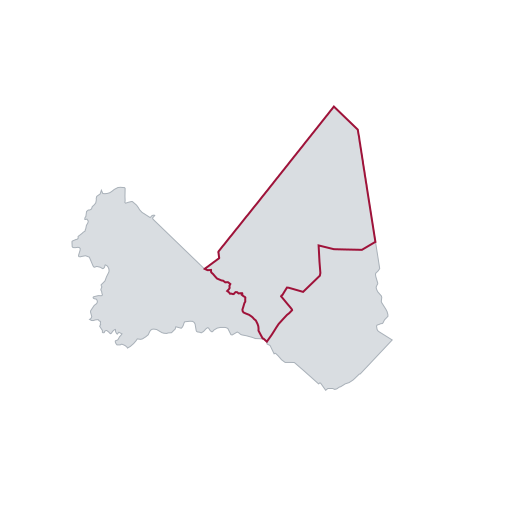 Mali, with Timbuktu highlighted, rotated 44°
{"feature_id": "MLI-2688", "entity_name": "Timbuktu", "entity_type": "Region", "adm_level": 1, "iso_a3": "MLI", "parent_name": "Mali", "parent_adm1": "", "projection": "robinson", "projection_center": [-3.929, 20.026], "detail": "fine", "context": "in_parent", "style": "outline", "palette": "rose", "viewbox_px": 512, "rotation_deg": 44, "n_neighbors": 0, "source": "natural_earth", "source_scale": "10m", "svg_char_len": 6950}
<svg xmlns="http://www.w3.org/2000/svg" viewBox="0 0 512 512"><g transform="rotate(44 256 256)"><path d="M115.7,368.4L115.8,366.8L114.5,365.6L114.5,365.1L115.2,360.3L115.2,359.1L115.7,356.7L114.9,355.6L114.7,354.8L112.7,351.7L112.1,349.1L111.1,347.4L108.8,346.9L107.9,348.3L107.4,348.6L106.5,347.5L106.2,346.6L106.2,345.8L103.2,341.7L103.4,339.5L104.5,338.3L105.0,336.4L103.9,334.2L104.1,332.1L103.9,329.2L102.2,326.6L101.0,325.5L100.0,323.7L100.8,319.6L99.1,316.1L102.4,317.5L104.0,316.2L105.5,314.4L106.9,312.0L107.5,309.1L107.8,306.6L109.1,302.7L110.7,300.8L114.0,298.1L114.9,298.3L120.3,304.1L123.4,307.1L124.5,308.6L125.5,308.6L127.0,305.8L128.6,303.3L129.3,302.7L134.7,302.4L137.6,302.9L140.1,303.6L143.7,303.8L153.1,301.9L153.2,300.8L153.1,299.4L153.5,298.4L154.3,297.4L155.0,297.2L155.2,300.5L156.0,301.0L158.2,301.1L227.9,301.1L230.9,284.0L225.8,277.8L208.2,94.4L241.3,94.4L247.0,98.5L353.7,179.1L354.2,181.7L354.1,185.3L354.9,186.4L356.5,187.6L362.5,191.0L363.0,191.7L363.3,193.1L364.0,194.9L365.3,195.9L366.8,196.6L368.6,197.2L374.1,197.7L375.3,198.5L377.7,201.7L379.0,202.3L386.4,204.1L388.8,204.9L391.4,206.4L392.8,207.7L392.8,212.7L393.8,215.9L393.8,216.8L392.7,218.1L392.4,219.0L391.1,221.6L391.3,222.6L393.9,224.6L395.2,225.1L396.7,225.1L412.3,221.8L412.9,268.5L412.3,269.2L412.0,277.5L410.9,282.4L409.0,286.0L407.7,291.3L407.0,292.4L406.4,295.5L405.3,297.3L403.3,298.0L399.7,301.4L399.4,304.2L391.0,302.6L390.4,302.7L390.0,303.0L389.9,304.5L368.2,305.4L357.5,306.0L350.9,312.3L346.5,312.9L341.1,312.4L338.3,312.4L337.2,312.7L337.0,313.8L328.3,310.6L325.1,311.6L324.6,311.3L324.2,310.6L322.6,310.2L320.1,310.4L318.4,310.9L312.9,315.8L309.9,317.1L304.4,320.1L300.6,322.6L299.2,323.1L297.1,323.2L295.3,323.7L293.7,329.4L292.6,330.0L286.1,327.7L284.8,328.1L283.6,328.7L280.0,332.1L278.2,334.8L277.2,338.3L277.3,340.7L276.7,341.3L275.0,341.5L272.0,340.8L271.0,341.1L270.6,342.9L270.7,346.7L270.0,349.3L268.2,350.1L266.8,351.2L265.7,351.5L264.8,351.2L259.5,347.3L257.7,346.7L255.7,347.1L253.8,348.8L250.4,352.9L250.8,354.3L251.7,356.0L252.4,358.1L252.4,359.9L247.5,362.6L248.6,364.6L248.5,369.9L246.3,372.3L245.5,373.8L243.3,375.6L241.5,376.5L235.6,377.9L233.2,379.6L232.1,381.0L231.8,382.4L232.0,384.1L233.2,387.6L232.8,390.8L231.9,394.5L230.9,396.1L228.2,398.1L228.6,400.5L228.8,404.0L228.4,408.4L227.5,411.5L226.9,411.2L224.3,411.3L221.4,412.3L220.4,413.0L220.2,414.1L217.8,416.5L216.2,416.3L214.7,415.7L213.9,415.0L213.8,414.7L214.7,412.7L214.8,412.0L213.9,408.6L214.0,407.7L213.7,405.1L210.3,406.1L210.2,406.6L210.6,408.3L210.3,408.6L209.2,408.5L207.6,408.0L205.9,406.5L205.5,406.9L205.3,408.2L205.2,409.6L205.6,412.2L205.2,413.1L202.5,413.0L200.3,413.3L199.7,414.2L199.5,415.3L200.0,416.4L199.9,416.9L199.0,417.6L198.5,417.6L197.3,416.3L192.3,415.1L191.9,413.3L191.4,413.3L189.8,411.2L189.1,411.2L188.6,411.6L186.7,411.4L185.0,413.3L183.7,415.6L182.4,416.7L180.3,417.2L180.7,415.7L180.0,413.7L175.8,411.2L175.1,410.2L174.0,404.4L174.1,402.7L174.4,401.2L174.2,400.1L173.8,399.2L172.5,398.3L171.2,397.9L169.5,399.0L168.6,399.3L167.9,399.2L167.5,398.8L167.5,398.2L169.4,395.1L170.3,393.8L172.1,392.3L172.6,391.6L172.6,391.0L172.5,390.6L171.3,390.0L169.4,388.6L168.4,388.4L167.6,387.8L166.7,385.5L166.3,385.1L165.4,384.9L164.6,384.3L164.7,378.9L162.9,374.8L161.3,369.7L160.4,368.5L159.0,367.4L157.2,366.7L155.5,366.5L153.7,367.1L153.8,367.6L154.8,369.2L154.9,370.2L154.8,371.1L154.4,371.7L151.9,372.2L148.7,374.1L147.6,376.3L146.8,376.6L145.6,376.3L136.9,372.6L133.2,374.2L130.9,377.4L130.3,378.5L129.2,379.4L128.6,379.4L127.9,378.8L125.4,373.9L124.3,372.7L123.0,372.7L121.8,373.5L120.6,375.1L119.0,376.7L118.0,377.1L117.2,376.9L113.7,373.6L113.5,372.9L115.1,369.0L115.7,368.4Z" fill="#d9dde1" stroke="#a8b0b8" stroke-width="1"/><path d="M241.4,94.4L242.8,95.4L244.2,96.5L245.6,97.5L247.1,98.5L249.1,100.1L250.6,101.3L252.1,102.4L253.6,103.5L255.1,104.7L256.6,105.8L258.1,106.9L259.6,108.1L261.1,109.2L262.6,110.3L264.1,111.5L265.6,112.6L267.1,113.7L268.5,114.9L270.0,116.0L271.5,117.1L273.0,118.3L274.7,119.5L276.3,120.7L277.9,122.0L279.5,123.2L281.2,124.4L282.8,125.7L284.4,126.9L286.1,128.1L287.7,129.4L289.3,130.6L290.9,131.8L292.6,133.1L294.2,134.3L295.8,135.5L297.5,136.8L299.1,138.0L300.7,139.2L302.4,140.5L304.0,141.7L305.6,142.9L307.3,144.2L308.9,145.4L310.5,146.6L312.2,147.9L313.8,149.1L315.4,150.3L317.1,151.6L318.7,152.8L320.3,154.0L322.0,155.3L323.6,156.5L325.2,157.7L326.9,159.0L328.5,160.2L330.1,161.4L331.8,162.7L332.1,162.9L332.0,163.1L327.9,178.0L315.8,189.2L307.3,197.0L293.7,204.9L305.5,215.9L314.1,223.5L315.6,225.8L314.8,249.1L311.2,251.0L301.6,256.1L300.2,257.2L301.4,262.7L302.1,265.7L301.8,266.7L302.1,267.6L303.4,267.7L311.4,268.6L317.1,269.2L318.3,269.4L319.0,269.5L319.6,269.9L319.6,272.3L319.6,274.1L319.2,276.8L319.3,282.9L319.4,285.7L319.5,289.1L320.3,293.5L320.5,294.4L320.8,295.8L321.7,300.1L322.1,302.2L323.3,310.1L319.1,310.2L318.5,310.4L318.1,310.7L309.7,308.0L308.0,306.2L306.4,304.9L304.3,303.8L300.7,302.5L298.2,302.7L296.4,302.5L294.9,302.6L291.9,303.1L288.5,304.5L286.2,305.3L284.6,304.9L283.4,303.9L282.4,301.8L280.4,298.0L280.0,296.3L278.2,294.5L277.2,293.3L276.4,293.2L274.9,293.6L272.7,293.8L272.6,292.8L271.9,292.4L271.1,293.1L269.4,295.1L267.7,295.1L266.5,296.0L266.3,296.9L266.4,298.9L265.8,299.5L264.4,300.2L263.5,301.2L261.8,300.9L259.6,301.2L259.6,298.7L259.2,297.3L257.6,295.9L257.0,294.0L255.7,294.1L254.1,294.3L253.6,294.7L252.2,296.3L249.5,296.6L248.1,297.6L243.6,299.3L240.6,299.1L237.6,298.8L235.9,298.9L234.8,298.7L233.3,297.3L232.1,298.7L230.9,299.9L228.0,300.9L228.0,300.7L228.4,298.6L228.8,296.5L229.1,294.4L229.5,292.2L229.8,290.2L230.2,288.1L230.5,286.1L230.9,284.0L231.0,283.4L231.0,283.2L230.9,283.0L230.8,282.9L230.0,282.3L229.2,281.7L228.5,281.1L227.7,280.5L227.0,279.9L226.2,279.4L226.0,279.0L225.9,278.7L225.8,277.8L225.6,275.8L225.4,273.9L225.2,271.9L225.1,269.9L224.9,268.0L224.7,266.0L224.5,264.0L224.3,262.1L224.1,260.1L224.0,258.2L223.8,256.2L223.6,254.2L223.4,252.3L223.2,250.3L223.1,248.3L222.9,246.4L222.7,244.4L222.5,242.3L222.3,240.3L222.1,238.3L221.9,236.3L221.7,234.3L221.6,232.2L221.4,230.2L221.2,228.2L221.0,226.2L220.8,224.2L220.6,222.2L220.5,220.9L220.4,219.6L220.3,218.3L220.2,217.1L219.9,214.1L219.6,211.4L219.3,208.6L219.1,205.9L218.8,203.2L218.6,200.5L218.3,197.8L218.0,195.0L217.8,192.3L217.5,190.0L217.4,188.7L217.1,185.9L216.9,183.1L216.7,181.8L216.5,179.2L216.2,176.6L216.0,173.9L215.7,171.3L215.5,168.7L215.2,166.1L214.9,163.4L214.7,160.8L214.4,158.2L214.2,155.5L213.9,152.9L213.7,150.3L213.4,147.7L213.2,145.0L212.9,142.4L212.6,139.8L212.4,137.2L212.2,135.1L212.1,134.5L211.9,131.9L211.6,129.3L211.4,126.7L211.1,124.0L210.9,121.4L210.6,118.8L210.5,117.4L210.2,114.5L209.9,111.5L209.8,110.2L209.6,108.3L209.4,106.5L209.3,104.8L209.1,103.1L208.9,101.3L208.7,99.6L208.6,97.9L208.4,96.1L208.2,94.4L212.4,94.4L216.5,94.4L220.6,94.4L224.8,94.4L228.9,94.4L233.1,94.4L237.2,94.4L241.4,94.4Z" fill="none" stroke="#9f1239" stroke-width="2"/></g></svg>